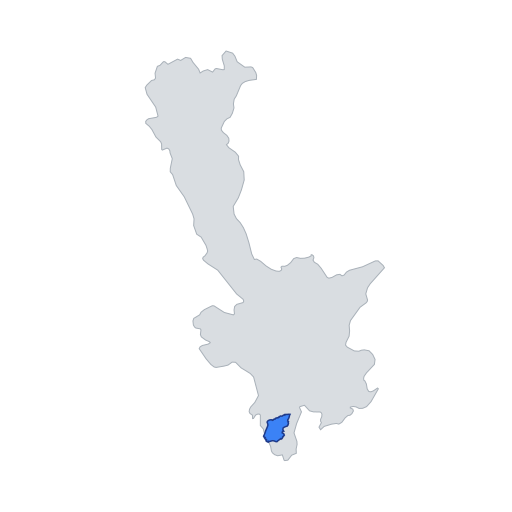 location of Phongsaly, Phôngsali, Laos, rotated 198°
{"feature_id": "54806243B21239526980805", "entity_name": "Phongsaly", "entity_type": "district", "adm_level": 2, "iso_a3": "LAO", "parent_name": "Laos", "parent_adm1": "Phôngsali", "projection": "orthographic", "projection_center": [102.201, 21.831], "detail": "fine", "context": "in_parent", "style": "filled", "palette": "blue", "viewbox_px": 512, "rotation_deg": 198, "n_neighbors": 0, "source": "geoboundaries", "source_scale": "gbopen_adm2", "svg_char_len": 7447}
<svg xmlns="http://www.w3.org/2000/svg" viewBox="0 0 512 512"><g transform="rotate(198 256 256)"><path d="M181.1,75.4L183.3,79.5L193.8,90.8L195.6,93.8L199.5,96.1L202.7,106.1L204.1,106.7L205.8,106.0L207.2,104.6L208.2,100.7L209.0,100.3L210.2,103.5L213.1,104.4L214.4,105.8L214.8,108.2L214.4,110.7L211.9,116.3L210.5,124.0L220.9,140.2L225.2,142.5L235.6,145.0L242.6,148.6L245.9,147.7L248.9,143.6L252.6,141.3L259.5,137.7L261.5,137.5L265.4,138.9L271.7,142.8L281.4,150.3L281.1,152.3L279.4,154.3L274.3,157.4L272.7,159.4L273.7,160.1L278.0,160.5L283.0,162.2L284.6,164.1L285.5,168.7L286.4,169.5L291.0,168.9L292.5,169.5L294.2,171.0L295.9,174.7L295.9,177.5L291.4,182.6L290.9,185.5L288.5,189.1L282.2,195.2L280.5,195.6L268.7,192.5L259.3,193.0L258.6,194.3L260.2,197.9L260.7,201.4L259.3,204.1L253.9,207.7L253.7,209.3L254.8,210.8L262.7,213.9L288.0,230.7L299.5,233.7L304.6,235.8L305.9,237.0L305.9,238.5L304.6,240.4L303.5,243.8L303.5,245.8L304.7,247.7L306.8,250.6L314.0,257.0L319.1,258.4L324.7,265.7L326.4,272.2L329.2,276.3L342.5,290.1L353.6,298.4L360.4,307.6L363.6,309.6L364.6,312.9L365.7,322.7L369.6,327.5L370.5,329.5L372.1,330.9L374.0,331.1L377.8,327.8L378.6,328.2L380.4,333.4L382.0,335.2L387.9,338.2L394.2,344.2L397.6,346.4L401.8,348.1L402.5,350.0L401.7,352.0L400.5,353.4L393.4,357.2L392.4,358.8L397.4,366.6L409.6,376.1L413.4,381.9L412.7,384.7L409.6,390.6L407.1,392.2L406.5,394.1L408.5,398.7L408.4,405.9L406.2,407.7L404.1,412.2L402.7,412.6L399.0,411.1L391.4,419.0L388.1,418.7L384.3,423.1L379.3,423.8L375.8,420.7L368.3,415.9L365.7,412.8L363.4,415.6L359.6,418.3L354.1,417.5L352.7,421.3L351.6,422.1L345.0,422.9L343.8,423.5L344.9,427.0L348.9,432.8L350.2,436.1L347.8,441.7L340.9,441.7L337.8,439.5L333.9,434.9L325.0,432.1L319.2,434.3L317.4,434.2L312.9,430.4L311.2,427.9L310.2,424.1L316.8,420.9L320.2,418.5L322.4,415.9L323.3,413.3L324.2,402.3L325.2,398.4L324.5,393.7L322.7,390.0L322.6,384.4L323.5,379.9L326.0,377.5L327.7,374.2L328.6,366.9L327.8,365.0L325.3,363.3L321.0,361.7L318.3,359.6L317.2,357.0L317.3,354.7L318.5,352.7L315.3,350.6L307.7,348.3L303.4,345.5L302.4,342.2L299.2,337.8L293.7,332.4L290.7,324.6L290.3,314.3L290.8,305.9L293.0,296.1L289.8,289.1L286.2,285.5L281.3,282.8L276.7,279.0L272.2,274.0L266.9,266.5L260.7,256.6L256.5,252.2L254.4,253.3L250.0,252.4L243.2,249.6L237.4,248.1L232.3,247.9L229.1,248.6L227.6,250.1L227.5,251.6L228.8,253.1L228.1,254.3L225.5,255.1L223.3,256.8L221.0,260.4L219.3,265.2L216.9,267.1L213.0,267.5L209.2,268.9L205.5,271.2L203.7,273.0L203.9,274.2L203.1,274.5L201.3,273.8L200.4,272.2L200.5,269.7L198.6,268.1L194.7,267.2L190.3,264.5L181.8,257.7L179.9,257.4L177.1,259.1L173.5,263.0L170.5,264.5L168.1,263.7L166.3,265.1L165.0,268.6L162.7,271.3L151.3,278.7L141.0,288.2L138.4,289.1L132.2,286.3L130.2,284.5L138.8,264.9L140.1,260.2L139.9,253.9L136.3,248.6L136.2,247.1L136.8,245.5L141.2,239.4L146.2,223.8L146.0,218.9L143.8,213.6L142.7,208.5L143.7,201.6L143.3,198.9L141.0,197.5L133.2,196.1L128.8,197.2L126.6,199.0L124.0,200.2L119.2,200.8L114.6,198.4L110.8,194.4L109.9,189.5L114.8,179.1L116.0,175.1L115.9,173.1L115.1,171.2L113.9,170.9L111.5,168.4L109.2,164.0L106.9,162.0L104.8,162.3L102.8,163.9L99.6,168.0L98.6,167.5L101.6,153.0L104.3,146.9L107.5,144.1L110.8,142.9L114.3,143.4L117.2,142.9L119.6,141.4L119.4,140.6L116.6,140.3L115.5,138.7L116.1,135.6L117.4,133.6L119.3,132.7L121.2,129.6L123.0,124.3L125.3,121.7L127.8,121.6L132.2,119.4L138.5,115.0L140.9,110.7L143.2,112.7L142.3,117.7L143.5,118.8L144.1,120.5L143.8,123.3L144.3,125.7L145.2,126.9L146.6,127.5L153.2,125.5L157.2,125.3L163.8,129.0L167.7,126.3L167.8,125.3L164.6,121.8L165.6,109.1L165.2,99.5L159.8,92.3L158.7,89.5L158.2,84.8L156.7,80.8L160.5,77.6L162.6,71.7L165.4,70.3L166.2,70.5L169.5,75.0L173.7,72.7L176.9,72.8L179.6,73.9L181.1,75.4Z" fill="#d9dde1" stroke="#a8b0b8" stroke-width="1"/><path d="M174.7,116.0L174.8,116.0L174.9,115.9L175.7,115.6L175.8,115.6L176.0,115.6L176.6,115.3L177.1,115.1L177.5,114.9L177.9,114.8L178.9,114.4L179.1,114.4L179.4,114.3L179.6,114.2L179.5,113.8L179.5,113.7L179.8,113.8L180.0,113.7L180.2,113.4L180.3,113.4L180.5,113.3L180.5,113.2L180.8,113.0L180.9,112.8L181.1,112.7L181.3,112.3L181.4,112.2L181.5,112.1L181.6,111.9L181.8,111.7L182.2,111.6L182.3,111.6L182.5,111.5L182.8,111.5L183.0,111.5L183.1,111.4L183.4,111.2L183.5,111.1L183.7,110.9L183.8,110.8L183.8,110.7L184.0,110.4L184.1,110.2L184.3,110.2L184.3,109.9L184.5,109.9L184.7,109.5L184.7,109.4L184.9,109.4L185.0,109.3L185.1,109.1L185.2,108.9L185.4,108.7L185.5,108.7L185.8,108.7L186.0,108.7L186.2,108.4L186.3,108.3L186.4,108.2L186.5,108.1L187.0,108.0L187.1,107.9L187.1,107.7L187.3,107.4L187.5,107.3L187.5,107.2L187.7,106.9L187.6,106.7L188.2,106.4L188.4,106.3L188.7,106.2L188.8,106.0L188.8,105.8L188.9,105.7L189.0,105.5L189.0,105.3L189.2,105.0L189.3,104.9L189.5,104.8L189.8,105.0L189.9,104.9L190.0,105.0L190.3,105.1L190.7,105.0L191.3,104.8L191.7,104.6L191.9,104.5L192.5,104.2L193.0,103.7L193.4,103.4L193.6,103.1L193.7,102.9L193.8,102.7L193.9,102.4L194.0,102.2L194.1,101.8L194.1,101.6L194.1,101.4L193.9,101.1L193.7,100.9L193.3,100.5L193.2,100.2L192.8,99.6L192.5,99.1L192.4,98.5L192.4,98.0L192.4,97.5L192.4,96.6L192.5,96.4L192.5,95.6L192.6,95.1L192.6,94.8L192.6,94.0L192.7,93.6L192.8,93.3L192.8,93.2L192.8,92.5L192.8,92.1L192.8,91.9L192.7,91.7L192.8,91.0L192.8,90.0L192.8,89.6L192.9,89.3L192.9,88.9L192.9,88.6L192.9,88.2L193.0,87.9L193.0,87.7L193.1,87.3L193.1,87.1L193.1,86.9L192.9,86.8L192.8,86.7L192.8,86.8L192.8,86.7L192.7,86.6L192.4,86.3L192.2,86.4L191.9,86.4L191.7,86.4L191.4,86.3L191.5,86.2L191.5,85.9L191.4,85.7L191.5,85.6L191.4,85.5L191.4,85.4L191.2,85.3L191.1,85.2L190.9,85.0L190.7,84.8L190.5,84.7L190.4,84.6L190.2,84.8L189.9,84.8L189.8,84.7L189.7,84.7L189.4,84.6L189.5,84.4L189.4,84.3L189.4,84.2L189.5,84.0L189.4,83.8L189.3,83.7L189.3,83.4L189.1,83.4L189.0,83.2L188.9,83.1L188.7,83.0L188.6,82.9L188.4,82.9L188.4,83.0L188.1,83.2L187.9,83.0L187.6,82.9L187.5,83.0L187.5,82.9L187.4,82.9L187.3,83.0L187.2,83.0L187.2,82.9L187.1,82.7L186.9,82.7L186.8,82.8L186.6,82.9L186.4,83.2L186.2,83.4L186.1,83.6L185.8,83.8L185.6,84.0L185.4,84.1L185.1,84.2L184.9,84.4L184.6,84.6L184.1,84.9L183.9,85.0L183.7,85.2L183.5,85.3L183.0,85.5L182.0,85.7L181.7,85.7L181.4,85.7L181.1,85.7L180.7,85.7L180.4,85.6L179.8,85.6L179.5,85.7L178.9,85.8L178.7,85.9L178.5,86.1L178.3,86.6L178.1,87.0L177.9,87.3L177.7,87.5L177.4,88.0L177.2,88.3L177.0,88.5L176.7,89.0L176.4,89.4L176.2,89.4L176.1,89.6L175.8,89.6L175.7,89.6L175.7,89.8L175.5,89.7L175.4,89.9L175.5,90.0L175.3,90.2L175.2,90.2L174.9,90.3L174.7,91.0L174.6,91.6L174.8,92.1L174.7,92.3L174.4,92.4L174.3,92.6L174.3,92.8L174.3,93.1L174.2,93.5L173.8,93.8L173.8,94.1L173.7,94.4L174.1,94.8L174.3,95.0L174.5,95.2L174.7,95.4L174.8,95.6L175.4,95.7L175.5,95.7L175.8,95.8L176.0,95.9L176.4,95.8L176.5,95.9L176.5,96.0L176.4,96.2L176.5,96.5L176.4,96.5L176.5,97.0L176.4,97.2L176.4,97.3L176.4,97.5L176.1,97.7L176.0,97.8L175.9,97.8L175.7,97.9L175.9,98.0L176.1,98.1L176.2,98.4L176.1,98.6L176.8,99.1L177.0,100.4L177.0,101.0L176.9,101.2L176.5,101.6L176.2,101.9L175.3,102.8L174.6,103.3L173.8,103.8L173.7,104.0L173.6,104.3L173.5,104.5L173.6,104.8L173.6,105.0L173.3,105.3L173.3,105.5L173.5,106.0L173.4,106.3L173.4,106.9L173.5,107.1L173.8,107.4L174.0,107.5L174.0,108.2L174.0,108.6L174.3,108.6L174.5,108.7L174.6,108.8L174.8,108.8L174.8,109.0L174.7,109.0L174.9,109.2L175.1,109.1L174.9,109.3L175.0,109.4L175.1,109.5L175.2,110.1L175.1,110.4L174.9,110.9L174.8,111.0L174.8,111.3L174.7,111.9L174.7,112.2L174.7,113.4L174.8,114.3L174.8,114.9L174.8,115.6L174.7,116.0Z" fill="#3b82f6" stroke="#1e3a8a" stroke-width="1.5"/></g></svg>